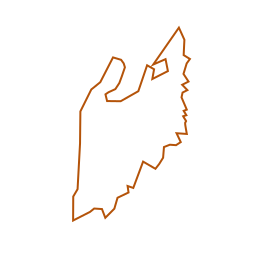 the district of Vlorë, Vlorë, Albania, rotated 63°
{"feature_id": "67620474B72762453157270", "entity_name": "Vlorë", "entity_type": "district", "adm_level": 2, "iso_a3": "ALB", "parent_name": "Albania", "parent_adm1": "Vlorë", "projection": "equal_earth", "projection_center": [19.584, 40.349], "detail": "fine", "context": "isolated", "style": "outline", "palette": "amber", "viewbox_px": 256, "rotation_deg": 63, "n_neighbors": 0, "source": "geoboundaries", "source_scale": "gbopen_adm2", "svg_char_len": 898}
<svg xmlns="http://www.w3.org/2000/svg" viewBox="0 0 256 256"><g transform="rotate(63 128 128)"><path d="M61.7,37.1L82.9,76.7L83.7,63.3L95.4,66.6L95.4,84.1L87.5,78.1L80.8,82.5L99.9,102.1L100.8,122.4L94.5,134.4L87.8,132.8L87.3,129.2L87.6,121.6L84.0,115.3L79.1,110.0L72.5,103.2L68.5,102.5L64.1,103.2L58.3,109.3L74.6,131.9L77.0,143.2L91.6,162.9L119.9,177.7L159.6,200.7L164.2,207.9L185.5,218.9L185.5,199.9L184.4,194.7L188.4,188.0L197.7,189.0L193.7,176.8L185.4,169.0L185.7,156.8L179.5,154.7L183.8,150.5L164.8,129.8L176.8,122.1L174.2,116.5L170.4,110.2L161.3,104.6L161.9,98.3L165.1,93.0L164.5,87.4L154.7,87.1L160.0,78.3L155.4,76.9L151.3,75.6L149.4,74.8L148.2,73.1L147.7,73.1L144.6,73.4L142.6,73.5L143.1,70.2L138.0,70.6L138.3,67.3L125.0,66.4L121.2,63.3L121.2,57.9L114.1,60.1L114.1,53.0L105.0,54.0L97.1,46.4L94.6,41.5L88.3,45.3L75.0,37.7L61.7,37.1Z" fill="none" stroke="#b45309" stroke-width="2"/></g></svg>